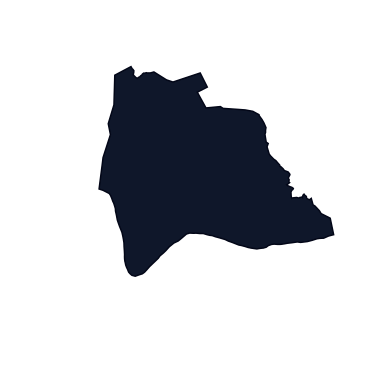 Ihiala, Anambra, Nigeria (Albers equal-area conic projection), rotated 41°
{"feature_id": "59680162B44242102017414", "entity_name": "Ihiala", "entity_type": "district", "adm_level": 2, "iso_a3": "NGA", "parent_name": "Nigeria", "parent_adm1": "Anambra", "projection": "albers", "projection_center": [6.885, 5.839], "detail": "fine", "context": "isolated", "style": "filled", "palette": "ink", "viewbox_px": 384, "rotation_deg": 41, "n_neighbors": 0, "source": "geoboundaries", "source_scale": "gbopen_adm2", "svg_char_len": 2896}
<svg xmlns="http://www.w3.org/2000/svg" viewBox="0 0 384 384"><g transform="rotate(41 192 192)"><path d="M191.9,89.7L185.0,91.2L178.4,95.1L173.3,98.9L160.6,108.5L157.4,108.9L147.4,119.4L130.5,113.2L134.7,102.8L120.1,96.8L105.5,121.5L99.2,124.1L84.5,126.4L82.5,129.4L80.5,131.2L79.8,131.8L79.3,131.9L78.4,133.3L77.5,134.0L77.2,135.6L77.4,136.3L77.3,137.1L77.1,137.6L77.0,139.4L76.4,140.6L76.1,142.3L74.2,142.4L70.7,142.2L70.4,141.3L69.8,140.7L69.8,140.3L69.0,139.2L68.4,138.5L67.9,138.5L67.1,138.2L66.1,138.3L65.5,138.0L65.2,138.0L63.7,137.4L57.1,154.5L75.9,177.4L84.0,195.4L92.8,202.2L102.3,224.4L105.7,229.4L119.9,250.7L123.7,249.1L130.5,247.4L132.7,248.0L135.4,249.3L138.2,250.9L140.3,251.8L143.4,253.7L145.2,254.9L146.7,256.5L150.1,259.0L154.0,262.1L156.2,263.4L160.1,265.6L162.5,266.8L165.6,268.4L169.0,270.9L171.4,272.8L172.2,273.5L173.9,274.9L176.6,277.8L179.0,280.2L179.6,280.8L182.1,283.4L183.6,285.2L185.1,286.8L186.9,288.4L187.4,288.7L189.4,290.2L189.7,290.5L192.1,291.8L194.2,292.7L196.7,294.0L198.8,294.3L201.3,294.3L201.5,294.2L204.4,292.8L204.8,292.1L206.3,289.4L208.2,286.3L208.8,283.6L208.9,279.5L208.9,276.1L209.3,271.8L209.6,268.7L210.0,264.1L209.7,261.3L210.4,256.9L210.7,253.5L210.8,248.0L211.0,247.0L211.2,245.9L211.8,242.4L213.1,239.4L213.7,238.1L214.4,234.1L215.0,230.0L215.4,227.3L217.0,224.8L217.2,224.5L217.7,224.1L220.4,222.0L221.9,220.5L225.0,218.3L227.8,215.9L230.7,214.6L231.2,214.4L233.7,213.1L235.9,211.6L239.0,210.4L239.6,210.1L239.8,210.0L243.1,208.4L248.2,206.1L251.6,205.2L255.3,203.7L258.7,202.5L262.1,201.3L264.3,200.0L268.0,198.2L270.8,197.0L272.7,195.9L273.0,195.8L275.0,194.5L275.5,194.2L278.3,192.4L279.8,190.5L280.7,189.5L281.9,188.2L282.6,187.5L284.2,185.0L284.8,182.2L286.0,180.2L286.4,179.4L288.3,177.3L288.5,177.2L290.8,175.5L293.3,173.3L295.7,170.5L297.6,168.1L300.7,164.7L303.8,161.1L304.5,160.4L307.0,158.8L311.6,153.7L314.4,149.6L317.0,145.3L318.9,143.1L321.7,140.4L323.9,135.7L326.4,132.0L326.9,131.3L313.5,121.1L303.6,123.6L300.5,122.6L294.0,121.9L291.8,122.3L286.2,118.6L285.8,120.7L283.7,121.5L282.6,121.4L281.9,121.0L281.3,120.4L280.5,120.3L279.9,120.4L279.0,120.4L278.0,120.1L277.8,120.6L277.9,121.6L278.7,123.5L278.9,123.7L278.2,123.7L277.6,124.7L277.0,125.3L276.9,126.3L274.5,127.5L271.6,130.7L271.5,131.3L270.7,130.9L269.6,130.1L266.7,127.1L266.2,125.1L266.5,123.9L266.1,122.8L264.1,123.0L263.3,123.4L260.5,124.3L260.0,124.4L258.7,124.4L259.0,123.6L259.5,120.9L258.7,120.9L258.2,120.4L257.9,120.0L257.3,119.0L256.2,118.7L255.3,117.7L254.6,114.8L254.2,114.4L251.5,113.8L250.3,114.2L248.0,115.1L247.1,115.1L245.5,114.7L242.5,114.6L241.7,114.9L240.4,114.1L237.8,113.8L234.6,113.3L232.2,113.6L227.4,113.2L225.3,112.7L219.0,108.7L217.7,105.4L215.3,105.7L211.8,102.8L209.1,100.5L208.5,98.9L206.8,96.9L205.6,94.9L203.1,93.7L201.0,92.7L197.3,91.4L193.4,90.5L192.6,90.3L191.9,89.7Z" fill="#0f172a" stroke="#020617" stroke-width="1.5"/></g></svg>